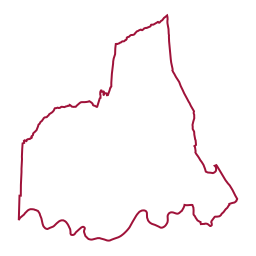 Lacusteni, Vâlcea, Romania (Robinson projection), rotated 90°
{"feature_id": "2599482B8847847737494", "entity_name": "Lacusteni", "entity_type": "district", "adm_level": 2, "iso_a3": "ROU", "parent_name": "Romania", "parent_adm1": "Vâlcea", "projection": "robinson", "projection_center": [23.871, 44.712], "detail": "fine", "context": "isolated", "style": "outline", "palette": "rose", "viewbox_px": 256, "rotation_deg": 90, "n_neighbors": 0, "source": "geoboundaries", "source_scale": "gbopen_adm2", "svg_char_len": 5834}
<svg xmlns="http://www.w3.org/2000/svg" viewBox="0 0 256 256"><g transform="rotate(90 128 128)"><path d="M239.5,163.6L238.1,158.2L238.1,157.6L238.2,157.1L238.1,156.8L238.1,156.4L238.5,155.3L239.5,151.6L240.4,149.1L240.6,147.8L240.5,146.2L239.7,144.4L238.9,142.3L237.3,137.7L236.6,136.3L235.7,134.8L234.0,132.6L232.6,131.1L231.0,129.5L229.3,128.0L227.4,126.5L221.8,123.4L215.9,119.9L214.4,118.9L211.9,116.7L211.5,116.1L210.6,114.3L210.4,113.0L210.4,112.2L210.5,111.3L210.8,110.7L211.2,110.0L211.7,109.6L212.8,109.1L216.0,109.0L217.7,108.9L219.0,108.4L220.3,108.0L221.2,107.4L222.0,106.7L223.0,105.6L223.9,104.0L224.9,101.0L226.6,97.3L227.2,96.2L227.6,95.5L227.7,94.2L227.5,93.5L227.1,92.5L226.3,91.3L225.3,90.3L223.3,89.0L222.2,88.5L220.2,88.2L216.3,88.4L215.2,88.2L213.5,87.2L212.9,86.4L212.4,85.3L212.3,84.1L212.5,82.8L213.5,79.9L213.7,78.8L213.6,78.0L213.2,77.1L212.5,76.2L211.5,75.1L210.9,74.2L208.1,72.6L206.3,71.8L204.9,71.5L205.2,69.9L205.2,68.2L204.9,64.6L205.0,63.6L206.4,63.1L207.6,62.6L209.3,62.5L210.0,62.4L213.6,62.5L214.6,62.4L214.9,62.2L216.2,61.1L218.0,60.2L218.5,59.7L219.0,59.5L220.4,58.5L221.9,56.0L222.0,55.5L223.2,55.4L223.4,55.2L224.1,55.1L223.9,51.4L223.7,51.2L223.6,50.2L223.8,49.0L224.2,48.1L224.8,47.4L226.0,45.9L226.0,45.3L225.4,44.5L225.0,44.2L223.2,44.3L222.1,44.8L221.0,44.4L217.1,41.5L216.8,41.2L216.6,40.1L216.7,39.2L216.3,36.7L215.8,35.9L215.1,35.1L213.6,34.2L213.2,33.6L211.8,32.2L210.5,31.3L209.2,30.3L207.8,28.7L205.2,27.1L205.0,26.7L203.9,26.7L203.0,23.8L202.5,21.5L201.8,20.5L200.9,19.6L200.4,19.6L199.6,19.0L198.9,18.8L195.6,20.7L190.0,23.5L185.4,26.3L183.4,28.1L180.2,30.5L166.0,39.0L165.1,39.7L165.8,41.3L166.6,40.5L167.0,40.3L168.4,39.9L169.9,39.9L170.8,40.1L171.3,40.4L172.1,41.2L172.6,41.9L173.1,43.1L172.9,44.3L172.7,45.7L172.5,48.2L172.2,48.9L171.6,50.2L168.8,51.0L164.9,52.5L162.3,54.1L160.0,55.8L158.2,56.8L155.9,58.3L155.0,59.0L154.1,59.6L153.9,59.8L152.4,60.6L151.1,60.4L147.8,60.9L146.9,61.1L146.1,61.6L145.5,60.7L144.9,60.0L140.2,60.4L139.9,60.6L139.5,60.8L134.6,61.7L132.5,61.8L131.6,61.9L129.0,63.3L127.8,63.3L126.7,63.3L124.9,63.5L121.5,62.7L118.1,61.7L117.2,61.8L114.8,61.8L113.4,62.3L112.5,62.3L111.3,62.0L105.8,65.2L103.0,66.5L101.8,67.3L99.3,68.6L93.4,71.8L90.1,73.3L86.0,75.3L82.0,76.8L76.9,80.1L73.7,81.8L72.1,82.8L70.4,83.6L70.1,83.4L69.1,83.4L62.6,84.8L59.5,85.2L41.4,86.9L36.4,87.1L35.5,87.0L33.7,87.3L29.1,87.5L23.5,88.5L22.2,88.6L20.8,88.6L19.4,88.4L17.2,88.5L15.4,88.9L15.6,89.2L16.5,90.1L17.9,92.0L20.2,93.7L20.9,94.9L22.6,96.5L22.7,97.0L22.0,97.8L21.9,98.0L22.0,98.3L22.4,98.8L24.5,102.4L24.7,103.0L24.7,104.5L24.8,104.9L25.0,105.0L26.2,105.5L26.4,105.7L27.1,107.3L27.2,107.8L27.7,108.4L27.7,108.9L28.0,109.5L27.9,110.2L28.4,111.8L29.2,112.5L30.1,113.7L30.1,114.2L29.7,114.9L29.7,115.2L29.7,115.6L30.0,116.0L30.1,116.6L30.8,117.7L31.1,118.3L31.3,119.0L31.6,119.4L32.9,120.5L33.3,121.0L33.8,121.2L34.5,121.9L34.9,123.0L35.0,124.0L35.0,124.7L35.2,125.3L35.8,126.1L36.5,126.7L36.9,127.3L37.1,128.4L37.3,128.8L37.8,129.2L38.0,129.3L38.8,129.2L39.7,129.8L40.0,130.1L40.0,130.5L40.3,130.9L40.9,131.4L41.2,131.8L41.3,132.2L41.3,133.3L41.4,133.7L41.6,134.1L42.4,135.0L42.6,135.8L43.3,136.7L43.5,137.5L44.0,138.5L44.0,139.0L43.9,139.3L44.0,140.2L48.4,140.7L54.2,140.9L58.5,142.3L61.4,142.8L63.6,142.9L73.6,144.1L82.8,144.7L86.5,144.7L87.4,145.5L87.6,145.4L88.7,146.0L90.0,146.3L95.1,148.1L95.2,148.9L95.2,149.0L94.0,149.0L93.7,149.0L93.4,149.3L93.4,149.9L93.2,150.6L93.3,150.9L93.4,151.2L94.1,151.7L94.8,152.1L94.9,152.3L94.7,152.5L93.6,152.5L93.0,152.3L92.3,152.0L91.8,152.1L91.5,152.4L91.6,152.7L91.6,153.0L91.9,153.6L91.9,153.9L91.4,154.3L90.5,154.5L90.4,154.9L90.7,155.2L91.5,155.4L91.9,155.7L94.3,155.8L95.4,155.5L97.9,155.5L98.1,156.0L98.5,156.3L106.7,158.8L106.9,159.1L106.2,160.6L105.8,161.1L105.6,162.1L105.3,162.7L104.9,163.1L104.0,163.3L103.5,163.6L102.7,164.4L101.3,166.5L101.2,166.8L101.6,167.5L102.0,169.8L102.1,171.0L102.1,174.1L102.4,175.4L102.6,175.7L103.2,176.5L105.4,179.0L106.8,180.3L106.7,180.7L106.9,182.3L106.6,184.2L105.2,185.7L104.9,186.4L105.3,186.5L105.8,187.0L105.9,187.4L105.8,188.2L106.3,189.1L106.4,190.0L107.1,191.5L106.8,194.0L106.8,194.5L106.9,194.8L107.7,195.8L107.9,196.5L108.0,197.3L107.7,198.2L107.7,198.6L108.1,199.6L108.2,201.0L108.6,201.4L110.5,202.2L112.2,203.7L113.8,206.1L114.1,206.6L114.5,207.0L115.4,207.4L115.6,207.7L116.1,208.4L116.8,208.9L117.0,209.1L117.2,209.6L117.4,211.2L117.6,211.6L118.2,212.3L118.8,212.6L119.7,213.3L120.8,214.0L122.0,215.5L123.9,216.5L124.4,217.3L124.9,217.6L126.2,217.9L130.2,219.5L132.1,221.4L133.0,222.5L133.7,222.9L134.5,222.9L135.3,223.2L135.7,223.6L135.9,224.0L136.4,224.5L136.8,224.6L137.3,224.2L137.6,224.2L137.8,224.3L138.1,224.7L138.4,225.6L139.0,226.2L138.9,226.9L139.2,227.3L139.2,228.1L139.3,228.4L139.7,228.8L139.8,229.2L140.8,229.4L141.1,229.6L140.9,230.2L140.3,231.3L140.4,231.5L140.9,232.1L142.4,231.8L142.9,231.8L143.4,233.4L149.4,233.8L156.7,234.1L159.2,234.0L168.7,234.5L172.1,234.5L184.8,235.1L195.7,235.2L195.7,236.5L220.1,237.2L218.7,236.5L217.8,235.9L214.4,231.8L213.4,231.2L210.7,228.5L210.0,227.6L209.5,226.5L209.2,225.6L209.2,224.0L209.4,222.1L209.9,221.0L210.0,220.2L210.4,219.5L210.6,218.9L210.9,218.1L212.8,216.8L213.7,216.3L215.2,215.9L218.4,214.6L223.9,213.4L225.9,212.7L226.6,212.3L228.3,210.7L228.8,209.6L229.0,208.6L228.6,207.6L227.9,206.2L226.6,202.9L225.9,201.9L223.4,199.4L221.4,197.0L220.7,195.7L220.3,194.3L220.3,192.8L221.1,191.1L222.2,189.8L224.1,188.4L225.3,187.7L226.8,187.0L229.3,185.8L231.8,185.5L233.6,185.5L234.2,185.2L234.7,184.9L235.0,183.9L234.8,182.3L233.8,181.1L232.4,180.2L229.3,176.8L227.4,174.6L227.2,174.2L226.8,173.1L226.9,172.5L227.3,171.8L227.7,171.4L228.4,171.2L229.0,171.3L230.2,171.8L231.3,172.0L232.2,171.9L236.0,170.6L238.3,168.3L239.0,167.5L239.5,165.7L239.6,164.6L239.5,163.6Z" fill="none" stroke="#9f1239" stroke-width="2"/></g></svg>